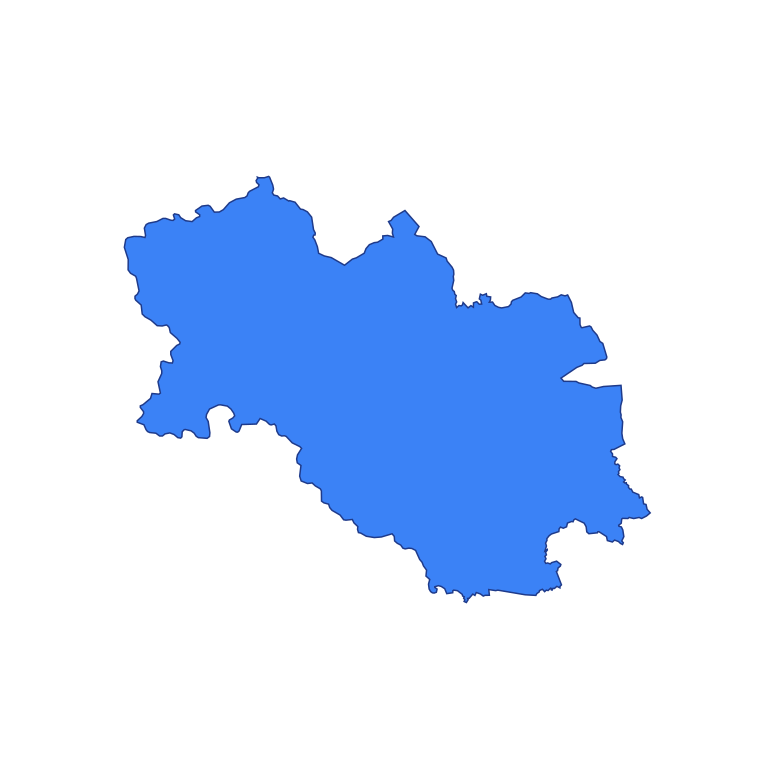 Pacula, Hidalgo, Mexico, rotated 297°
{"feature_id": "50627088B29621121298920", "entity_name": "Pacula", "entity_type": "district", "adm_level": 2, "iso_a3": "MEX", "parent_name": "Mexico", "parent_adm1": "Hidalgo", "projection": "robinson", "projection_center": [-99.322, 21.003], "detail": "fine", "context": "isolated", "style": "filled", "palette": "blue", "viewbox_px": 768, "rotation_deg": 297, "n_neighbors": 0, "source": "geoboundaries", "source_scale": "gbopen_adm2", "svg_char_len": 6164}
<svg xmlns="http://www.w3.org/2000/svg" viewBox="0 0 768 768"><g transform="rotate(297 384 384)"><path d="M510.8,177.3L510.0,178.0L507.2,177.7L505.7,179.0L504.7,182.2L502.7,182.5L494.6,176.7L492.6,176.2L489.5,176.6L487.0,175.4L481.6,168.4L475.3,164.0L466.4,161.7L462.5,159.2L460.1,154.8L463.4,148.4L463.4,146.2L459.9,141.0L453.0,137.3L451.8,138.0L451.1,143.0L449.5,143.7L446.9,141.4L441.6,139.3L439.4,133.1L439.9,127.3L441.6,124.3L440.5,120.1L439.0,119.6L435.9,122.6L434.0,121.8L433.2,119.9L432.4,114.2L431.2,111.9L425.6,107.8L420.5,101.3L418.1,99.7L414.1,99.7L408.1,104.1L406.0,104.5L405.0,100.4L402.0,94.2L398.0,89.3L395.5,88.3L387.9,90.6L378.8,99.6L369.5,104.2L367.6,107.9L367.3,113.8L365.8,115.5L355.7,123.5L352.1,123.5L349.2,122.3L347.1,123.3L346.0,124.7L344.1,131.8L336.6,136.8L335.4,140.5L335.1,147.2L333.0,155.4L335.0,160.0L337.8,163.3L337.8,164.5L336.8,167.0L332.8,170.3L330.7,178.8L328.6,183.4L326.9,183.8L324.2,181.8L316.3,179.2L313.4,180.7L309.0,185.5L306.6,185.9L305.2,182.7L304.3,177.0L302.6,175.4L298.0,176.9L294.9,180.0L292.4,181.2L283.4,181.6L274.4,188.9L272.8,188.1L270.2,181.6L265.1,182.5L256.1,178.6L253.9,176.8L252.5,177.5L250.2,182.3L248.6,183.2L245.1,183.0L239.2,180.8L237.9,181.5L238.7,188.6L235.3,192.7L234.3,194.9L234.4,197.3L236.6,203.1L235.8,207.7L237.1,210.2L240.2,211.6L243.2,215.4L243.7,219.9L242.6,224.6L243.5,227.4L245.2,227.9L249.8,225.9L252.6,226.7L253.3,227.7L254.7,233.4L254.0,237.3L252.2,240.3L251.9,242.9L255.3,251.1L258.0,252.4L261.5,251.0L270.9,244.3L273.3,240.7L276.3,239.7L282.5,239.9L290.2,246.0L291.2,247.7L293.2,254.5L292.2,259.0L289.8,263.4L287.8,265.4L285.0,264.7L281.8,262.6L280.3,262.7L274.8,268.4L274.1,274.1L274.7,275.5L276.3,276.2L283.3,275.6L290.4,288.5L297.0,289.3L297.4,295.8L296.0,300.3L296.3,302.0L298.6,304.5L297.6,306.8L293.3,310.0L291.1,313.2L291.2,316.4L292.7,318.8L292.9,320.7L289.9,328.9L290.0,337.5L289.2,339.8L281.6,339.1L277.5,340.2L274.4,342.5L273.7,347.0L263.6,350.7L260.0,354.2L260.6,361.0L263.2,364.9L262.0,369.1L261.7,374.8L260.4,376.7L251.3,381.5L250.8,384.4L251.8,389.2L249.2,391.8L247.8,395.1L247.3,404.4L244.7,409.7L245.4,411.9L248.9,417.3L246.6,420.3L245.1,425.4L242.5,426.4L240.0,428.7L240.6,431.0L240.3,437.3L242.8,445.1L246.5,451.1L254.2,459.2L252.9,462.3L249.0,464.7L248.1,468.1L248.1,472.0L246.3,475.4L246.7,477.7L249.0,480.6L250.1,483.5L250.1,487.7L243.9,495.4L242.4,498.9L239.8,501.8L237.5,506.4L231.9,508.6L230.6,513.5L225.9,514.5L221.8,517.3L220.2,519.8L219.9,521.9L220.5,523.6L222.2,525.2L225.4,524.4L225.8,521.6L226.4,521.3L229.0,524.0L229.6,526.9L229.2,531.0L225.7,535.1L229.2,540.0L231.2,539.2L232.0,539.7L233.2,543.3L232.1,549.2L230.8,550.3L230.8,552.1L229.3,552.2L228.4,554.0L226.6,554.1L226.7,556.6L230.0,556.9L230.9,555.9L231.8,557.2L237.1,558.5L236.9,561.0L240.1,560.9L240.7,565.2L240.1,568.7L241.6,570.0L243.6,573.8L248.4,570.7L250.6,577.3L252.0,579.0L260.3,605.5L264.6,615.3L266.6,615.3L269.3,616.7L270.5,616.3L273.0,618.3L271.9,621.4L274.0,622.2L274.5,624.0L277.7,625.1L277.8,626.0L276.6,626.4L276.6,627.3L278.7,627.4L279.2,628.7L282.2,629.9L282.2,633.3L283.5,632.7L285.6,633.3L295.2,622.7L296.5,623.4L299.1,622.6L301.8,623.8L303.5,623.5L304.5,618.2L301.0,614.5L299.2,613.8L298.8,611.0L297.6,609.6L299.0,607.5L301.8,607.7L303.5,605.6L305.5,606.3L307.4,604.4L310.2,604.9L310.7,604.6L308.3,603.2L313.4,602.3L315.6,600.2L318.7,600.2L320.1,599.3L323.7,600.0L326.4,601.3L331.9,606.8L334.4,605.8L336.6,606.2L336.9,609.2L339.6,611.5L343.4,610.6L346.6,613.5L347.1,615.0L349.0,614.8L350.7,615.7L350.9,625.5L348.6,628.9L344.3,631.8L343.6,634.5L348.3,641.7L349.4,641.6L350.0,642.5L349.1,651.5L345.9,654.1L346.9,659.2L349.6,660.3L350.1,664.5L349.3,667.0L349.3,669.4L351.2,669.3L352.1,667.1L356.9,667.0L362.3,663.1L364.4,660.4L363.9,657.9L364.7,657.2L367.6,658.6L371.6,657.1L372.6,657.6L374.9,662.4L376.4,663.0L377.5,667.6L380.9,671.9L381.1,674.6L385.5,677.8L390.0,679.7L391.8,675.3L395.6,672.2L395.1,669.7L400.3,666.0L400.4,664.9L398.5,663.3L401.1,661.2L400.6,654.8L402.6,652.0L402.0,650.9L402.9,648.7L404.5,648.1L405.0,645.4L406.0,644.7L405.2,643.7L405.5,641.9L408.0,642.5L408.4,640.4L409.5,639.3L408.7,636.4L409.6,633.6L410.9,633.9L412.4,632.7L414.8,633.1L416.0,631.5L418.1,631.1L418.8,628.7L417.5,627.4L417.7,625.8L419.6,625.0L423.2,625.5L423.9,623.7L423.2,620.5L425.5,619.3L426.9,616.5L428.8,616.5L430.2,618.7L440.0,625.8L443.6,621.5L448.1,618.3L458.7,613.8L461.8,610.2L464.1,609.3L466.2,607.4L472.0,604.8L477.8,603.5L490.4,595.8L481.4,580.7L476.4,574.7L475.8,571.0L476.3,568.4L473.4,557.1L473.5,554.0L468.0,542.9L469.6,539.0L486.4,548.3L490.6,552.0L493.0,552.8L498.5,562.9L503.0,565.6L505.8,569.9L507.6,570.7L509.2,570.3L519.5,560.5L519.9,557.1L524.3,551.6L526.6,545.7L528.9,542.5L529.0,540.8L524.0,534.8L524.2,533.7L525.9,531.7L531.7,528.6L531.2,526.9L533.9,520.5L541.8,513.9L546.7,507.2L544.7,505.3L543.9,501.4L540.5,499.2L536.8,494.5L535.2,493.9L534.1,491.7L533.3,484.4L534.0,479.7L531.9,473.1L530.6,472.2L529.3,468.5L523.8,466.7L517.0,460.7L515.1,460.2L513.0,460.9L509.5,459.8L505.2,454.3L504.3,451.2L504.3,447.1L506.3,443.5L504.7,440.7L507.1,440.7L510.0,439.5L508.8,435.8L510.9,434.2L507.9,431.6L507.8,429.1L503.1,430.3L502.7,432.2L499.6,434.7L498.3,432.7L499.4,429.4L499.0,428.8L496.9,426.9L493.0,428.8L493.3,425.9L490.0,424.3L492.5,417.5L490.1,418.0L488.6,417.3L488.0,415.2L485.1,414.0L487.6,411.5L490.1,411.5L492.5,409.0L495.6,408.2L496.1,406.4L498.3,404.6L498.7,402.8L500.2,401.1L508.0,399.1L511.3,396.9L513.5,396.4L517.0,394.3L519.0,391.6L522.1,384.5L524.5,382.1L524.1,372.8L532.4,361.4L533.8,353.8L531.0,346.1L531.2,343.5L540.2,343.7L548.1,323.9L536.9,316.8L533.0,316.1L530.8,314.3L526.0,321.4L522.3,322.9L519.3,325.7L518.0,319.8L515.4,315.7L512.6,317.2L507.4,313.9L505.5,311.1L501.5,307.7L496.4,306.5L491.6,307.0L483.9,302.1L480.9,299.1L471.9,294.9L472.7,279.6L471.0,272.7L470.8,266.4L476.1,262.3L481.0,256.9L482.5,254.0L484.7,253.8L485.5,254.9L487.3,254.2L489.6,251.1L499.8,243.8L502.6,237.6L502.7,232.7L501.9,230.2L505.6,222.2L504.5,216.7L503.8,216.1L504.2,210.1L501.8,207.5L503.2,203.8L502.3,200.1L503.6,197.7L507.5,197.1L510.7,194.6L516.3,188.2L516.6,187.0L513.4,183.7L510.9,178.8L510.8,177.3Z" fill="#3b82f6" stroke="#1e3a8a" stroke-width="1.5"/></g></svg>